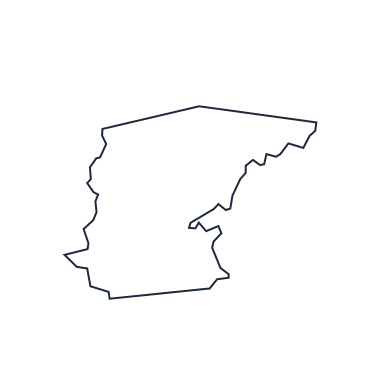 Charlotte, Virginia, United States of America, rotated 245°
{"feature_id": "52423323B81085742226913", "entity_name": "Charlotte", "entity_type": "district", "adm_level": 2, "iso_a3": "USA", "parent_name": "United States of America", "parent_adm1": "Virginia", "projection": "mercator", "projection_center": [-78.693, 36.973], "detail": "fine", "context": "isolated", "style": "outline", "palette": "slate", "viewbox_px": 384, "rotation_deg": 245, "n_neighbors": 0, "source": "geoboundaries", "source_scale": "gbopen_adm2", "svg_char_len": 848}
<svg xmlns="http://www.w3.org/2000/svg" viewBox="0 0 384 384"><g transform="rotate(245 192 192)"><path d="M202.5,334.1L266.7,234.6L287.0,137.5L281.2,134.4L271.7,134.5L262.2,123.3L263.0,119.5L257.5,109.9L246.5,105.8L244.4,100.8L233.6,102.6L229.3,105.8L224.4,100.5L214.1,97.0L208.2,90.6L204.2,78.1L189.3,76.5L184.4,73.2L188.9,49.9L172.9,55.9L167.0,64.7L149.5,60.1L136.7,74.2L130.1,72.3L98.0,164.7L97.0,167.0L102.3,177.9L98.8,188.9L101.9,190.5L111.1,185.7L132.9,186.7L138.0,190.6L142.2,201.2L150.0,201.5L150.5,188.3L161.4,185.2L157.6,179.7L160.8,174.1L164.7,177.7L167.4,204.7L169.9,210.8L161.4,215.0L160.8,219.7L171.7,227.2L183.4,241.3L186.6,248.7L193.1,251.8L195.3,260.8L187.6,265.1L186.7,269.1L194.9,275.5L188.5,283.0L189.0,288.1L195.3,299.9L184.9,311.5L193.2,322.3L195.4,329.6L202.5,334.1Z" fill="none" stroke="#1e293b" stroke-width="2"/></g></svg>